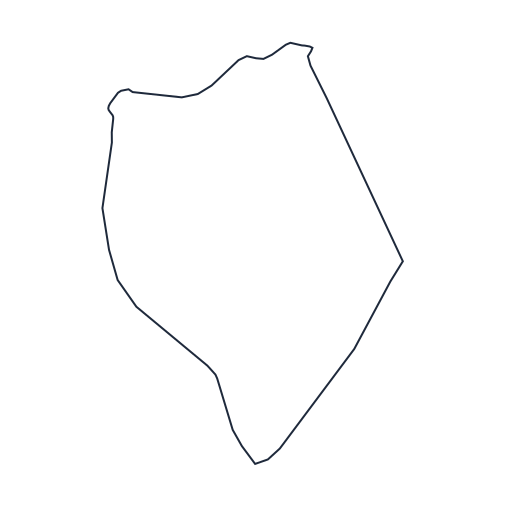 Karbala', Albers equal-area conic projection, rotated 261°
{"feature_id": "IRQ-3062", "entity_name": "Karbala'", "entity_type": "Province", "adm_level": 1, "iso_a3": "IRQ", "parent_name": "Iraq", "parent_adm1": "", "projection": "albers", "projection_center": [44.011, 32.497], "detail": "fine", "context": "isolated", "style": "outline", "palette": "slate", "viewbox_px": 512, "rotation_deg": 261, "n_neighbors": 0, "source": "natural_earth", "source_scale": "10m", "svg_char_len": 761}
<svg xmlns="http://www.w3.org/2000/svg" viewBox="0 0 512 512"><g transform="rotate(261 256 256)"><path d="M390.6,131.4L400.8,132.9L413.7,136.4L415.7,136.7L417.4,136.4L421.4,134.2L423.3,133.3L425.0,133.2L427.3,134.1L429.8,136.0L438.8,145.2L440.3,148.6L440.4,151.2L440.6,156.2L437.2,159.8L424.3,207.5L425.1,223.9L431.3,238.8L452.2,269.4L454.8,278.2L451.3,287.0L449.5,294.2L452.3,303.3L460.0,318.5L461.2,323.3L456.8,334.3L456.2,337.0L454.5,341.9L452.8,344.3L449.6,342.4L445.2,338.5L435.5,339.6L400.9,350.5L227.8,400.2L209.9,384.8L148.8,338.5L62.1,249.4L53.2,235.9L50.8,222.6L70.5,212.3L87.9,205.8L133.2,199.6L141.1,198.5L145.2,197.4L155.2,190.9L224.6,129.9L253.9,115.6L285.1,111.8L327.3,111.8L390.6,131.4Z" fill="none" stroke="#1e293b" stroke-width="2"/></g></svg>